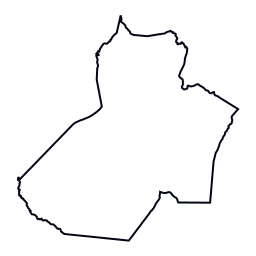 Silca, Olancho, Honduras
{"feature_id": "27666195B60662999354453", "entity_name": "Silca", "entity_type": "district", "adm_level": 2, "iso_a3": "HND", "parent_name": "Honduras", "parent_adm1": "Olancho", "projection": "robinson", "projection_center": [-86.53, 14.775], "detail": "fine", "context": "isolated", "style": "outline", "palette": "ink", "viewbox_px": 256, "rotation_deg": 0, "n_neighbors": 0, "source": "geoboundaries", "source_scale": "gbopen_adm2", "svg_char_len": 5586}
<svg xmlns="http://www.w3.org/2000/svg" viewBox="0 0 256 256"><path d="M238.1,109.1L218.6,97.0L218.4,96.7L217.8,96.2L215.6,95.5L215.1,95.3L214.7,94.8L214.3,94.1L214.2,93.5L214.2,92.3L214.1,92.1L213.7,92.0L213.1,92.2L211.4,93.3L210.5,93.2L209.7,92.9L209.3,92.6L208.9,92.0L208.1,90.8L207.3,90.5L206.4,90.4L205.8,90.2L205.5,89.9L204.6,88.7L204.0,88.2L202.2,86.8L200.6,86.1L199.5,85.3L199.0,84.8L198.0,84.2L196.2,84.6L194.4,85.6L193.6,85.9L192.0,86.3L191.2,86.4L190.3,86.3L189.8,86.2L188.5,85.6L187.9,85.7L187.6,86.0L187.5,87.3L187.2,88.4L187.1,88.6L186.9,88.7L186.6,88.7L186.1,88.8L185.5,89.2L185.0,89.3L184.2,89.4L183.8,89.3L183.1,88.8L182.0,87.8L181.9,87.4L181.9,86.9L182.1,86.2L182.8,84.8L182.9,84.2L182.9,81.4L182.7,80.1L182.6,79.5L182.4,79.2L180.7,78.1L179.8,77.2L179.2,76.3L179.1,76.0L179.1,75.8L180.9,70.8L181.6,69.7L183.4,66.0L183.9,64.9L184.3,63.8L184.5,62.6L184.8,60.5L184.9,59.5L184.9,58.4L185.2,58.0L185.3,57.3L185.5,56.7L185.8,55.8L186.1,54.9L186.5,54.1L186.7,53.3L186.9,52.5L187.0,50.3L187.3,49.1L187.3,48.7L187.2,48.3L186.7,47.4L185.9,46.6L185.7,46.6L185.6,47.4L185.5,47.5L185.4,47.5L184.9,46.4L183.7,43.9L183.3,43.4L183.0,43.2L182.9,43.2L182.6,43.3L182.4,43.2L182.3,42.9L182.2,42.5L182.1,42.3L181.9,42.3L181.9,42.7L181.8,42.8L181.0,43.1L180.9,43.5L180.6,43.8L180.3,43.8L179.9,43.6L179.5,43.6L179.1,43.7L178.0,44.3L177.7,44.3L177.5,44.1L177.4,44.0L177.6,43.5L177.5,43.2L177.3,42.9L176.2,42.1L176.1,41.9L176.1,41.7L176.1,41.4L176.3,41.0L176.4,40.1L176.7,39.5L177.2,38.8L177.3,38.3L176.9,37.7L176.6,37.1L175.5,35.5L175.5,35.2L175.6,34.8L175.7,34.2L175.6,33.9L175.4,33.8L175.0,33.5L174.3,33.3L173.5,33.1L173.0,33.0L172.9,32.9L172.9,32.1L171.7,31.9L171.4,31.7L170.8,31.0L170.6,30.9L170.2,31.1L169.4,31.2L169.0,31.5L167.1,31.9L164.9,33.3L164.2,33.6L162.7,33.7L160.5,34.1L159.4,34.2L147.3,36.2L133.2,34.9L132.9,34.7L132.7,34.5L132.5,34.4L131.2,34.0L130.6,33.4L130.4,33.3L130.1,32.4L130.1,32.1L130.1,31.9L129.9,31.5L129.5,31.2L128.9,30.7L128.5,30.3L127.9,29.7L127.3,28.6L126.1,27.8L125.9,27.5L125.6,26.9L125.4,25.7L125.1,25.1L123.4,23.5L122.5,22.8L121.6,22.3L121.3,22.0L121.2,21.7L121.1,21.4L121.5,19.6L121.4,18.9L121.3,18.1L121.0,17.3L120.9,16.2L120.7,15.4L117.0,31.6L117.0,32.1L116.9,32.4L116.3,33.2L115.3,34.1L114.3,34.9L112.4,37.0L111.7,38.2L111.1,39.7L110.9,39.8L110.6,39.8L110.4,39.9L110.1,41.0L109.7,41.6L109.1,41.7L108.9,41.7L107.7,43.1L107.3,43.5L106.9,43.7L106.5,43.7L105.7,43.5L104.7,43.4L103.9,43.6L103.3,44.0L102.4,45.4L100.8,47.6L99.5,50.1L99.3,50.7L99.4,51.4L99.3,51.6L99.1,51.7L98.3,51.3L98.0,51.3L97.4,52.8L97.0,53.1L96.7,53.4L97.7,53.7L98.2,54.0L98.6,54.6L98.6,54.9L98.6,55.1L98.4,55.2L97.6,55.0L96.3,55.2L96.2,55.3L96.2,55.6L96.3,56.1L97.1,57.8L97.5,59.4L97.6,60.1L97.3,61.2L97.1,61.9L97.3,63.1L97.8,64.5L98.0,65.3L98.0,65.9L97.9,66.5L97.2,68.3L97.2,69.7L96.7,79.6L101.8,106.4L101.6,106.8L99.5,109.5L98.5,110.4L96.1,112.4L92.5,115.0L88.6,117.2L87.0,117.8L83.4,119.3L81.7,119.9L80.3,120.4L76.0,122.3L74.9,123.0L73.2,124.2L19.5,179.6L19.0,177.8L18.6,177.6L18.3,177.7L18.2,177.8L18.0,178.4L17.9,179.2L18.0,179.9L18.7,179.9L19.0,179.9L19.1,180.1L19.3,180.4L19.5,181.5L20.0,182.1L20.1,182.3L20.0,182.6L19.7,183.0L19.5,183.4L19.6,184.2L19.4,185.3L18.7,187.1L18.3,187.7L18.2,188.2L18.2,188.6L18.4,188.9L19.0,189.4L19.7,189.7L19.8,189.9L19.6,190.4L19.1,191.0L18.9,191.4L19.0,191.6L19.2,191.9L19.2,192.5L19.0,193.5L19.2,195.2L19.2,195.5L19.3,195.6L20.5,195.5L20.9,196.0L21.1,197.4L21.2,197.6L21.4,197.8L21.8,197.7L22.1,197.9L22.2,198.1L22.3,198.5L22.7,198.7L23.1,198.6L23.3,198.8L23.5,199.0L23.7,199.7L24.4,200.3L25.2,201.2L26.8,203.1L27.0,203.5L26.7,204.5L26.7,204.9L26.7,205.3L26.9,205.8L27.7,206.8L27.8,207.5L28.2,208.2L29.1,208.8L29.3,209.0L29.4,209.4L29.3,210.0L30.1,210.5L30.6,210.7L30.7,210.8L30.6,211.0L30.2,211.4L30.1,211.5L30.5,212.2L31.3,213.4L31.5,213.9L31.7,214.1L32.0,214.3L32.8,214.4L34.4,214.7L35.1,215.1L35.6,215.5L36.1,216.2L36.7,216.8L36.9,217.1L37.0,217.3L37.2,218.6L37.7,219.1L38.1,219.1L38.8,218.9L39.2,218.9L39.4,219.0L39.7,219.3L40.1,219.4L40.4,219.3L41.0,218.8L41.3,218.7L41.6,218.7L42.0,219.3L42.3,219.8L42.4,220.1L42.5,220.3L43.5,220.5L44.3,220.2L45.0,220.1L45.5,220.3L46.0,220.3L46.3,220.6L46.8,220.6L47.2,220.8L47.4,221.3L47.6,221.6L48.0,221.8L48.6,222.1L49.2,222.6L50.1,223.6L50.8,224.1L51.5,224.3L53.0,224.4L54.0,224.8L54.3,225.1L54.9,225.9L55.3,226.1L56.3,227.5L57.5,228.6L57.8,228.7L58.2,228.8L59.8,228.8L60.1,228.9L60.7,230.0L60.9,231.0L61.1,231.6L61.6,231.9L62.2,232.2L62.9,233.1L64.0,233.6L64.1,233.8L64.4,234.0L128.8,240.6L149.8,212.8L150.1,212.5L150.4,211.7L150.6,211.4L151.0,210.9L151.8,210.4L152.3,209.9L154.1,207.4L155.1,205.2L156.0,203.5L157.3,201.6L158.6,200.0L159.1,199.2L159.7,198.1L159.8,197.4L159.6,196.4L159.6,195.5L159.7,194.8L159.9,194.2L160.1,192.8L160.1,191.9L163.0,192.8L164.3,193.0L166.4,192.9L168.1,192.2L168.7,192.1L169.3,192.1L169.8,192.3L170.3,192.6L171.4,193.5L172.4,195.0L173.0,195.7L174.6,197.0L176.0,197.7L176.2,198.0L176.8,198.6L177.1,199.3L177.3,199.8L177.8,201.5L178.3,202.5L210.1,202.7L213.6,161.3L214.1,159.6L215.6,153.3L216.1,152.3L217.5,150.0L217.7,149.6L218.1,148.4L218.7,147.0L219.8,143.2L220.9,141.2L222.0,139.5L222.5,138.9L223.0,137.2L223.4,136.6L223.8,135.9L224.4,135.3L224.6,135.0L224.9,134.1L225.1,132.8L225.2,132.5L225.4,132.2L226.9,130.6L227.1,130.3L227.3,129.7L227.6,129.1L227.9,128.7L228.5,128.3L228.7,128.0L228.8,127.5L228.4,126.4L228.4,126.2L230.0,124.3L230.2,124.2L231.1,123.9L231.4,123.7L231.6,123.4L231.7,122.9L231.8,122.1L232.2,120.6L232.3,120.2L232.2,119.8L231.8,118.5L231.7,117.6L231.7,117.1L231.9,116.3L232.2,115.9L238.1,109.1Z" fill="none" stroke="#020617" stroke-width="2"/></svg>